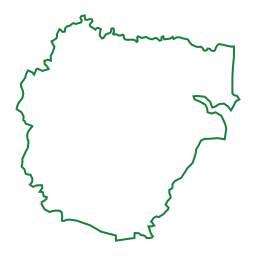 Kuala Muda, Kedah, Malaysia, rotated 180°
{"feature_id": "92858781B60968971882976", "entity_name": "Kuala Muda", "entity_type": "district", "adm_level": 2, "iso_a3": "MYS", "parent_name": "Malaysia", "parent_adm1": "Kedah", "projection": "orthographic", "projection_center": [100.515, 5.701], "detail": "fine", "context": "isolated", "style": "outline", "palette": "green", "viewbox_px": 256, "rotation_deg": 180, "n_neighbors": 0, "source": "geoboundaries", "source_scale": "gbopen_adm2", "svg_char_len": 3733}
<svg xmlns="http://www.w3.org/2000/svg" viewBox="0 0 256 256"><g transform="rotate(180 128 128)"><path d="M146.5,222.9L150.2,221.7L151.1,220.2L152.5,218.0L153.9,217.5L155.2,218.9L156.3,220.8L156.1,223.0L155.2,226.9L157.8,228.1L159.5,227.7L160.6,226.3L162.4,227.7L164.1,228.8L165.6,229.5L166.3,231.0L165.6,232.5L163.6,234.4L163.9,236.4L165.5,237.0L169.7,236.1L170.8,236.4L171.1,238.0L171.3,240.6L173.0,240.2L174.9,239.7L175.6,238.5L175.3,237.0L174.2,235.5L174.7,233.8L176.3,233.1L177.7,232.8L180.2,232.0L182.4,232.9L184.1,232.0L186.3,230.2L188.7,229.8L190.7,228.0L191.2,224.4L193.4,224.1L195.3,226.1L196.5,226.8L199.1,221.6L199.1,219.7L199.4,217.8L202.2,215.8L204.5,214.7L204.1,213.6L202.8,211.1L201.6,209.5L201.9,208.0L202.5,206.1L203.9,202.7L205.3,200.2L205.1,195.3L208.0,196.3L211.7,195.1L211.2,191.7L209.2,190.0L207.3,187.0L213.6,185.1L218.3,187.3L219.5,187.0L220.7,184.1L221.9,181.4L223.7,183.6L228.0,185.6L230.0,181.7L230.7,178.5L232.7,175.5L235.1,172.4L234.9,169.4L233.2,165.5L232.7,162.1L233.7,157.7L236.3,154.6L238.0,151.9L239.3,148.0L239.3,146.7L235.4,144.3L234.4,143.6L232.4,139.7L232.7,135.8L231.5,135.0L230.2,132.3L225.1,130.6L223.6,129.7L225.6,127.5L228.0,124.0L228.8,121.1L228.5,117.0L227.5,114.8L227.8,110.9L228.3,107.9L230.0,105.0L231.7,101.3L233.6,97.2L233.6,93.3L234.4,89.4L231.7,86.9L231.0,84.7L230.2,82.1L227.3,81.3L225.6,81.3L223.6,77.2L223.9,74.0L226.1,71.3L222.9,69.1L219.5,70.6L214.1,70.8L213.6,68.1L216.3,64.2L213.4,64.0L212.9,62.5L212.2,59.6L209.2,58.9L209.5,57.2L211.4,55.5L214.3,54.0L214.3,51.5L212.9,49.4L211.4,46.7L206.5,44.0L203.4,45.0L199.2,45.5L195.6,45.0L194.3,43.3L193.8,39.8L194.1,35.9L194.1,35.4L192.1,35.0L189.5,36.2L186.0,36.4L179.4,35.4L165.9,30.7L154.8,24.3L140.2,20.5L140.0,15.4L121.6,18.0L121.3,23.0L117.0,22.7L116.0,21.8L114.7,20.8L112.5,20.7L110.8,19.7L109.4,18.0L106.4,17.9L104.1,18.5L103.6,19.2L103.1,19.7L104.1,20.8L105.3,23.0L107.5,29.7L104.6,29.6L101.7,30.4L103.6,33.2L105.0,34.4L103.9,35.7L102.4,38.0L99.6,39.6L97.2,38.9L95.0,40.3L92.2,42.1L90.1,44.7L88.2,46.2L87.4,48.4L90.4,51.3L88.4,55.0L85.5,58.1L85.5,60.1L86.7,62.8L86.7,66.0L83.8,67.7L83.3,72.1L81.6,74.5L78.4,76.4L74.5,78.4L72.8,81.3L70.6,84.5L68.6,87.9L65.7,90.6L63.3,93.3L61.3,99.1L60.3,102.8L59.8,106.7L57.2,110.9L55.2,115.3L51.3,117.2L46.7,117.2L38.4,117.9L31.3,116.7L29.7,127.3L30.9,132.2L34.7,140.2L40.4,143.7L44.2,142.5L48.4,143.7L48.8,147.5L50.7,151.3L55.3,154.0L61.4,156.6L62.5,159.7L59.1,160.1L55.6,159.7L51.4,159.3L49.2,157.4L45.7,154.0L43.8,148.6L41.5,149.0L36.6,152.0L32.0,152.4L27.8,149.4L25.1,145.6L22.8,149.4L20.2,154.7L16.7,156.6L19.0,160.1L22.1,160.8L23.6,162.7L23.6,168.1L23.6,173.4L23.6,178.0L23.2,187.1L22.1,199.0L22.0,209.5L25.8,209.5L33.9,211.4L37.0,211.9L38.4,210.9L39.5,209.5L40.3,207.8L40.9,205.8L42.5,204.8L44.8,205.6L46.3,207.2L48.3,207.5L49.4,205.8L50.9,205.3L52.5,205.8L53.1,207.7L54.8,209.1L57.7,209.1L59.1,209.1L64.4,211.4L65.6,212.7L66.9,214.4L67.7,216.1L69.4,217.0L72.7,217.5L76.9,218.8L79.5,218.6L82.3,217.0L83.4,219.1L85.5,217.5L91.6,216.6L92.2,217.4L92.8,219.7L94.4,218.9L94.7,215.9L96.4,215.3L99.5,218.0L101.6,217.8L103.6,216.6L106.4,217.2L108.1,218.0L109.8,219.1L112.3,218.5L114.2,218.0L117.8,219.7L118.8,218.6L118.4,214.7L119.4,214.1L120.6,215.6L122.7,216.3L126.1,216.3L128.4,216.1L131.0,216.7L131.4,217.0L131.8,217.8L132.2,218.3L132.4,218.8L132.2,219.3L132.1,219.7L132.3,220.3L132.5,220.9L132.9,221.2L133.3,221.4L134.1,221.0L135.8,220.4L137.6,220.6L139.2,221.5L140.1,221.7L140.9,221.6L141.4,221.5L142.0,221.5L142.7,221.6L142.9,222.4L142.8,222.8L142.3,223.1L142.1,223.4L142.2,223.8L142.2,224.9L142.1,225.5L142.1,226.0L142.5,227.6L143.8,227.6L144.6,227.2L144.9,226.7L144.8,226.2L144.7,225.5L145.1,224.2L145.7,223.2L146.5,222.9Z" fill="none" stroke="#15803d" stroke-width="2"/></g></svg>